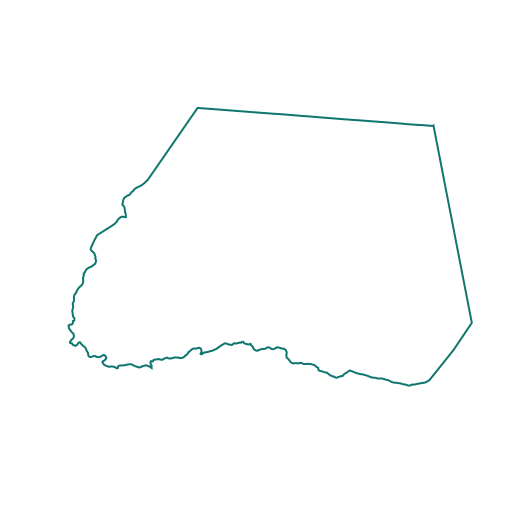 the district of Susques, Jujuy, Argentina, rotated 79°
{"feature_id": "61730980B41665984357705", "entity_name": "Susques", "entity_type": "district", "adm_level": 2, "iso_a3": "ARG", "parent_name": "Argentina", "parent_adm1": "Jujuy", "projection": "robinson", "projection_center": [-66.504, -23.606], "detail": "fine", "context": "isolated", "style": "outline", "palette": "teal", "viewbox_px": 512, "rotation_deg": 79, "n_neighbors": 0, "source": "geoboundaries", "source_scale": "gbopen_adm2", "svg_char_len": 6142}
<svg xmlns="http://www.w3.org/2000/svg" viewBox="0 0 512 512"><g transform="rotate(79 256 256)"><path d="M390.3,193.9L388.7,191.9L386.3,185.7L387.4,183.8L388.4,182.3L389.2,181.3L391.8,176.3L392.5,174.0L393.9,171.3L394.8,169.4L396.6,166.8L397.7,164.6L398.1,162.9L398.5,161.6L399.3,160.4L399.8,158.3L400.1,156.3L401.0,154.2L402.5,151.5L402.9,150.2L405.6,146.8L406.8,144.4L407.1,142.8L408.5,138.8L409.3,137.1L410.2,135.8L410.5,134.1L412.2,131.3L412.5,130.4L412.3,128.5L411.9,127.8L412.1,126.9L412.4,125.5L412.3,120.5L412.4,115.9L412.5,114.0L412.0,112.4L411.5,110.8L411.0,109.7L409.9,108.2L386.1,80.2L362.8,56.9L162.0,56.9L162.2,57.2L159.7,66.1L157.3,75.6L156.6,77.9L155.5,82.4L154.8,84.4L151.0,97.8L141.8,131.4L140.4,136.9L139.4,140.2L138.9,142.4L128.5,179.5L127.9,182.1L127.7,182.6L121.6,204.3L119.8,211.3L108.2,253.5L102.5,274.1L101.5,277.9L99.5,285.1L160.4,347.5L163.1,351.6L164.7,354.7L166.1,359.8L166.6,361.2L167.2,362.6L168.4,363.7L169.1,364.9L169.7,366.2L171.8,368.4L172.2,370.7L173.0,372.3L173.4,373.6L174.2,374.6L175.4,375.4L176.9,376.1L180.2,377.4L182.2,376.0L183.3,375.9L185.2,375.9L188.2,376.1L189.9,375.9L190.8,375.9L193.0,376.3L192.9,376.8L192.9,377.5L192.5,378.2L192.1,378.7L191.9,379.9L192.1,381.3L192.3,382.1L193.0,382.9L193.3,383.7L194.3,385.1L195.4,385.8L197.3,388.2L198.6,391.1L205.0,407.5L205.7,408.4L208.5,410.6L209.4,411.4L210.2,411.9L210.7,412.4L213.9,414.6L216.0,416.2L217.0,416.8L218.0,417.0L219.0,416.7L220.1,416.1L220.7,415.3L222.3,414.5L223.3,414.0L224.4,414.0L225.3,413.8L226.6,413.8L227.6,414.2L229.2,414.0L229.8,413.8L231.6,414.5L233.0,415.6L233.6,416.6L234.4,418.4L235.0,419.4L235.3,421.5L236.3,424.3L237.1,425.3L237.7,425.8L238.2,426.4L239.0,426.7L239.7,427.7L240.4,428.2L240.6,428.6L242.4,428.8L243.2,429.3L244.7,430.1L245.9,430.1L247.5,430.3L249.4,431.0L250.6,431.8L252.0,433.5L252.5,434.7L254.1,436.9L255.0,437.6L255.7,438.3L257.8,439.6L258.8,440.9L259.7,441.8L261.3,442.5L261.9,442.6L263.3,442.9L264.6,443.0L265.6,443.4L267.3,444.8L268.4,445.1L270.1,445.1L271.7,445.3L272.9,446.0L274.2,446.6L275.4,446.9L277.3,446.9L278.5,447.2L279.4,447.0L280.6,447.1L281.3,446.8L282.2,446.2L282.9,446.2L284.4,446.6L284.9,447.0L284.9,448.1L287.3,448.7L287.8,449.5L288.1,450.3L287.9,451.2L287.8,452.2L288.7,453.3L289.6,453.3L290.2,453.2L291.1,453.4L291.6,453.3L295.8,451.3L297.6,450.0L299.4,450.0L300.0,450.1L301.0,450.4L302.2,451.6L303.0,453.1L303.5,453.8L304.3,454.3L304.7,454.9L305.7,455.1L306.9,453.2L307.8,453.0L308.8,452.1L309.2,451.2L309.8,450.3L308.6,448.0L308.0,447.6L307.4,446.6L307.0,445.8L307.0,445.4L308.0,444.6L309.2,444.3L310.3,443.5L311.1,443.0L312.5,441.6L313.5,441.0L314.4,440.7L315.4,440.5L316.8,440.4L317.0,440.2L318.8,439.5L319.3,439.4L321.8,439.6L322.9,439.0L323.6,438.0L323.5,436.9L323.6,436.0L323.2,434.2L323.3,433.4L324.8,431.4L325.0,430.6L325.3,429.8L325.2,428.8L325.2,427.9L325.0,427.0L324.7,426.4L324.2,425.6L324.2,424.0L324.8,423.3L325.8,422.7L326.8,422.7L327.6,422.5L328.5,423.1L329.8,425.1L330.1,426.5L330.9,427.0L333.4,426.1L334.4,425.2L335.8,423.1L336.2,422.4L336.8,421.2L336.7,419.7L337.1,417.9L337.6,416.8L338.3,415.6L338.9,415.0L339.7,414.1L339.6,413.0L338.5,412.7L337.9,412.3L337.6,411.5L337.6,410.3L337.7,409.3L337.9,408.4L338.0,406.6L338.3,405.3L338.0,404.0L338.1,402.6L338.0,401.4L338.2,400.4L338.8,398.5L339.3,397.9L340.2,396.9L340.9,396.0L341.5,394.8L342.8,392.6L343.2,391.8L343.1,390.4L342.7,389.3L342.5,388.7L342.4,387.4L342.3,384.8L342.9,383.8L343.6,382.4L344.1,382.0L344.4,381.3L345.1,380.7L346.0,379.9L343.4,379.4L342.2,380.0L340.9,380.0L339.8,379.8L339.2,379.0L339.7,378.2L339.5,377.1L338.6,376.5L338.4,375.7L338.4,375.1L338.5,373.5L338.7,372.4L338.4,371.8L338.6,371.1L339.0,370.5L339.5,369.5L339.8,368.5L339.9,367.9L339.9,367.4L339.5,366.7L339.0,364.3L338.7,363.5L338.7,362.9L339.5,361.9L339.7,361.4L340.0,360.9L340.4,359.2L340.2,358.5L340.2,357.8L340.3,357.1L340.3,356.7L340.1,356.0L340.1,354.4L340.5,353.2L340.6,352.5L340.8,351.9L341.2,351.6L341.3,350.7L341.9,349.4L341.9,348.2L341.8,347.3L341.6,346.2L340.2,344.3L339.6,342.5L339.0,342.0L338.4,341.3L337.7,340.8L337.0,339.6L336.7,338.8L335.8,337.6L335.1,336.1L335.1,335.1L335.0,333.8L335.5,332.8L335.2,329.3L336.4,327.8L338.1,327.6L339.5,327.7L340.6,328.4L341.4,329.1L341.9,328.7L342.0,328.1L341.9,327.3L341.3,326.8L340.8,324.6L341.0,323.7L340.9,320.7L340.7,319.4L340.6,318.4L340.7,317.4L340.6,316.9L340.6,316.6L340.2,315.5L340.1,314.7L339.9,314.1L339.7,312.7L339.4,312.3L339.4,311.9L339.2,311.5L338.8,310.9L338.8,310.7L338.5,310.5L338.2,309.7L338.0,309.1L337.6,308.1L337.1,307.1L336.5,305.2L336.1,304.3L335.8,303.3L335.8,302.8L336.4,301.7L336.7,301.1L337.1,300.3L337.8,299.5L338.1,298.3L338.4,297.6L338.7,296.5L338.2,295.8L337.9,294.9L337.5,294.2L337.6,293.6L338.1,292.4L338.2,291.7L338.1,291.1L338.0,290.7L338.0,290.0L337.9,288.7L338.0,287.8L338.3,287.0L337.8,286.5L337.7,285.2L338.3,284.7L338.9,284.5L339.4,284.2L339.7,283.8L340.6,282.2L340.9,281.6L341.2,280.5L341.4,280.1L341.4,278.6L341.2,278.2L341.8,277.9L342.4,278.0L343.2,277.5L344.0,276.7L344.9,276.4L345.5,276.3L346.1,276.2L346.6,276.2L346.9,276.0L348.4,274.6L349.0,273.7L349.3,272.2L348.8,271.4L348.7,270.2L348.6,269.1L348.5,268.2L348.5,267.3L348.7,266.0L348.8,265.0L348.7,264.1L348.1,263.1L348.0,261.7L348.1,260.9L348.5,260.0L349.0,259.7L350.3,258.4L350.7,257.3L350.7,256.2L350.4,255.1L350.2,254.7L350.2,254.0L349.7,253.1L349.8,252.3L350.0,251.7L350.2,251.1L350.6,250.5L350.8,249.9L351.3,249.4L352.6,246.0L353.9,244.8L356.3,244.2L356.9,244.4L358.3,244.8L359.2,245.2L361.6,245.3L362.4,244.5L364.7,243.2L367.2,242.0L368.5,240.2L368.6,238.8L369.0,236.4L369.3,235.6L369.6,234.2L369.3,233.4L369.4,232.4L370.1,231.1L371.2,229.8L371.4,228.7L371.4,227.6L371.8,226.3L371.9,225.0L372.1,224.3L372.4,223.6L372.6,222.7L373.3,221.3L374.1,219.8L374.7,219.0L375.9,218.2L376.4,217.8L376.9,217.2L377.6,216.3L378.6,216.3L379.3,216.5L380.0,216.4L380.9,215.4L382.1,212.7L383.3,210.6L384.0,208.7L384.5,208.5L386.0,206.9L386.4,206.7L387.4,205.8L387.7,205.4L388.1,204.5L388.6,203.9L388.9,203.2L389.5,202.2L389.8,202.1L390.1,201.4L390.7,200.7L390.9,199.9L390.5,198.0L390.4,196.7L390.3,196.4L390.3,196.0L390.1,195.5L390.3,193.9Z" fill="none" stroke="#0f766e" stroke-width="2"/></g></svg>